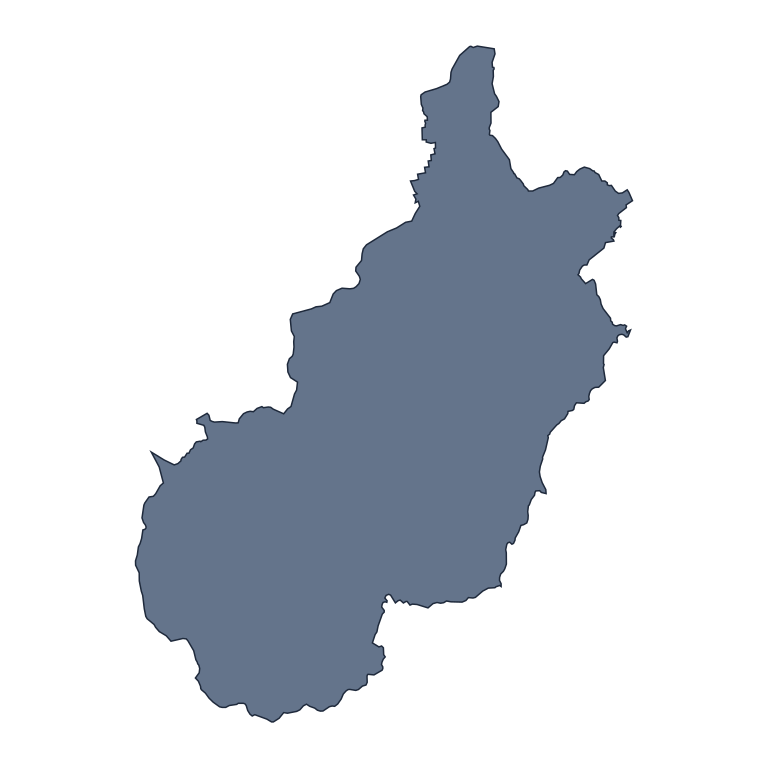 Tlapacoya, Puebla, Mexico (Equal Earth projection)
{"feature_id": "50627088B8286013017465", "entity_name": "Tlapacoya", "entity_type": "district", "adm_level": 2, "iso_a3": "MEX", "parent_name": "Mexico", "parent_adm1": "Puebla", "projection": "equal_earth", "projection_center": [-97.834, 20.137], "detail": "fine", "context": "isolated", "style": "filled", "palette": "slate", "viewbox_px": 768, "rotation_deg": 0, "n_neighbors": 0, "source": "geoboundaries", "source_scale": "gbopen_adm2", "svg_char_len": 6095}
<svg xmlns="http://www.w3.org/2000/svg" viewBox="0 0 768 768"><path d="M382.8,668.6L382.8,666.9L381.5,664.5L382.0,662.1L383.3,659.1L385.2,656.9L383.7,654.7L383.4,647.8L381.6,646.0L378.9,646.9L372.4,642.9L375.1,634.6L376.9,631.9L378.1,625.9L382.3,614.1L384.2,612.1L384.2,610.4L381.7,607.1L382.1,604.5L383.1,602.4L385.1,601.8L386.8,602.3L387.1,600.8L384.8,598.0L386.1,595.4L388.7,594.3L390.6,595.1L395.4,602.9L398.1,600.7L400.2,600.1L403.4,603.0L406.1,601.4L407.2,601.5L410.0,605.1L412.4,604.1L417.1,604.5L428.0,607.9L433.0,603.6L437.0,602.5L440.6,603.2L443.7,602.7L446.5,601.0L450.8,601.8L462.1,602.1L465.9,600.5L468.4,597.6L473.0,598.0L475.4,597.4L482.7,591.1L488.3,588.1L494.9,587.7L496.1,586.7L499.7,585.5L501.1,586.5L501.1,583.7L499.5,580.4L499.6,577.4L500.7,574.0L503.4,571.3L504.8,568.8L506.4,564.1L506.3,552.8L505.7,549.7L506.8,544.3L508.0,542.7L509.7,542.2L511.9,544.2L513.5,543.4L515.0,540.2L515.2,538.0L518.7,531.8L520.9,525.4L523.6,524.7L526.8,522.9L528.0,519.2L528.2,515.4L527.7,511.7L528.4,505.8L529.3,504.9L531.3,499.5L534.5,495.3L535.0,492.3L535.9,490.9L539.7,490.7L541.3,492.4L546.1,493.6L545.8,489.6L542.2,482.7L540.1,476.5L539.4,471.9L540.3,466.2L542.7,459.0L542.5,457.3L545.5,449.9L548.3,437.6L547.8,435.6L549.7,434.1L550.2,432.3L556.8,424.9L558.9,423.5L561.2,420.7L564.5,418.9L567.8,413.6L568.0,411.4L572.6,410.4L573.8,409.3L574.5,405.7L576.4,402.8L584.1,403.3L585.8,401.8L588.1,401.0L589.2,399.6L588.8,396.5L589.4,393.6L590.6,390.6L592.3,388.8L595.0,387.4L598.7,387.2L605.4,380.5L603.3,367.5L604.1,364.5L603.5,363.6L603.6,355.7L609.2,348.9L612.8,342.6L614.1,342.1L617.0,342.8L617.5,341.3L616.9,337.9L617.9,335.8L619.4,334.7L621.9,334.3L623.6,334.8L626.2,337.1L627.9,336.7L630.5,330.0L628.5,330.9L627.2,332.7L625.6,329.2L625.6,328.2L626.6,326.2L624.7,324.9L623.1,325.4L620.6,324.6L616.5,325.9L614.7,325.6L612.6,324.2L612.2,322.2L610.7,320.8L610.5,318.2L603.1,308.6L601.1,304.1L600.3,299.6L598.8,296.6L596.8,294.7L595.6,284.0L594.1,280.3L592.5,279.4L585.6,283.6L581.3,278.8L580.5,277.0L578.0,274.8L579.0,273.3L579.7,270.1L582.4,266.1L584.3,265.0L586.9,265.0L589.2,259.8L603.9,248.1L605.5,242.6L613.9,241.1L613.4,239.7L611.3,238.0L611.4,236.9L614.3,236.8L614.8,234.3L615.8,232.6L615.4,232.5L613.9,235.2L613.9,232.0L616.7,228.6L619.7,226.0L620.4,227.2L621.2,226.5L620.5,225.4L620.8,220.5L618.9,220.3L618.8,217.6L617.5,215.5L618.7,213.6L626.4,207.6L626.1,204.9L632.5,200.7L628.9,192.4L627.2,189.8L622.4,192.9L618.6,193.4L615.3,191.1L611.4,185.4L609.2,185.6L607.3,184.8L607.3,182.8L604.9,181.0L601.8,181.0L598.7,174.5L595.0,172.5L594.2,171.0L592.7,170.8L589.7,168.6L584.3,167.1L579.8,169.1L576.7,171.6L574.4,174.7L569.6,174.4L567.4,171.1L565.5,170.7L564.0,171.9L562.8,175.0L560.3,177.4L557.7,177.6L553.5,183.4L549.5,185.3L538.7,188.1L532.7,191.0L528.4,191.0L527.8,189.6L523.8,185.7L523.3,184.0L520.7,180.5L519.2,178.8L516.9,177.9L514.7,173.9L513.7,173.5L513.7,172.8L510.9,168.6L509.4,159.7L501.6,149.1L497.8,141.7L495.4,138.4L492.5,135.6L489.9,135.2L489.4,134.5L489.9,130.5L489.2,129.0L489.3,127.4L491.0,123.1L490.9,112.3L498.2,106.6L499.0,101.6L496.4,96.3L494.6,93.8L492.1,83.7L493.4,76.5L493.2,70.3L494.1,69.0L493.9,67.5L492.5,67.2L492.1,62.4L495.0,53.9L494.2,48.8L477.3,46.1L473.2,47.5L470.9,46.3L469.6,46.6L459.7,55.4L452.1,69.0L451.0,72.3L450.5,79.0L449.6,82.1L447.0,84.3L436.6,88.6L425.1,92.0L421.1,94.8L420.7,96.6L421.3,104.4L422.9,108.0L422.6,110.7L423.5,111.6L424.0,113.8L427.2,116.7L427.4,120.2L425.0,120.2L424.8,121.1L425.6,123.3L425.1,125.1L425.3,127.7L425.0,127.2L422.0,127.9L422.3,139.8L426.3,139.8L426.2,142.0L430.9,143.3L435.4,142.5L435.5,148.0L434.0,148.6L435.0,153.8L430.8,154.9L431.3,160.5L428.2,161.0L429.0,166.8L424.6,167.3L425.5,172.8L417.6,174.2L418.5,179.4L414.5,180.6L410.5,181.0L414.7,191.3L417.1,193.8L413.5,195.0L415.9,199.1L415.2,202.8L418.3,201.3L419.8,206.3L415.3,213.4L411.7,221.1L405.6,222.3L396.5,228.0L387.5,231.7L366.5,244.8L363.3,248.8L362.1,253.9L361.5,260.5L356.0,267.2L355.7,271.0L359.3,276.2L360.3,279.4L359.0,283.6L356.1,286.7L353.6,288.3L349.9,288.8L342.0,288.2L336.4,290.6L333.2,294.0L329.8,302.6L321.8,306.2L316.0,306.8L311.4,308.9L292.7,313.9L290.3,319.4L291.4,330.9L294.3,336.5L293.7,341.8L294.0,347.0L293.2,354.1L292.2,356.3L289.4,358.7L287.4,364.3L287.9,372.0L290.5,377.6L297.5,382.1L296.6,390.1L294.5,394.0L291.0,406.5L287.6,408.9L283.7,413.8L273.3,409.2L270.7,407.3L268.3,407.0L263.4,407.7L261.9,406.6L257.1,408.4L253.4,411.7L250.1,411.3L247.0,412.0L243.5,413.7L239.3,418.8L238.2,422.8L235.7,423.0L222.3,421.6L214.5,422.1L212.0,421.4L210.2,420.4L208.9,415.2L207.1,413.3L196.4,419.5L196.9,420.9L196.9,423.3L203.8,425.3L204.8,427.3L205.4,431.9L207.4,437.0L207.6,439.0L205.9,440.1L203.1,440.2L200.8,441.7L200.1,441.2L196.3,441.9L194.6,443.9L193.2,447.9L190.5,449.8L188.9,453.2L187.1,453.2L184.6,457.1L182.5,457.3L181.1,459.4L180.9,460.9L177.9,463.6L174.2,464.9L164.2,460.0L151.3,452.1L159.2,467.0L163.4,483.0L160.3,485.6L155.7,493.7L153.4,496.3L149.0,497.0L144.8,503.0L143.9,505.1L142.0,517.9L143.6,522.6L145.3,524.8L146.1,526.9L145.9,528.2L144.9,529.3L142.9,529.9L141.6,538.5L140.1,543.5L138.4,546.9L137.3,555.0L135.5,560.9L135.6,565.2L139.2,572.8L139.3,581.0L141.3,591.1L142.7,595.4L144.3,608.9L145.8,616.4L147.2,618.8L154.1,624.5L155.6,627.3L159.3,631.6L166.3,635.8L171.0,641.2L182.9,638.5L186.3,638.9L188.0,640.9L193.7,650.7L195.9,659.8L197.2,662.0L197.7,663.8L198.8,665.1L199.7,668.5L199.2,672.8L195.4,678.0L198.4,681.2L200.5,686.2L200.8,688.7L201.5,689.8L205.4,693.1L209.1,698.2L213.2,702.2L219.6,706.8L222.2,707.4L225.7,707.4L229.3,705.5L236.7,704.4L238.2,703.3L243.4,703.3L244.9,703.8L246.2,705.5L247.7,710.5L250.0,714.2L252.2,716.0L254.8,714.7L266.8,719.1L271.5,721.9L273.4,721.9L279.1,718.3L283.7,712.6L287.5,713.2L296.7,711.4L299.9,709.8L303.4,705.8L306.5,704.2L309.7,706.3L314.7,708.1L317.4,710.2L320.3,711.1L323.0,711.0L329.4,706.7L332.1,706.0L334.7,706.3L337.7,704.0L341.2,699.0L343.3,694.0L346.1,690.9L348.0,689.6L349.7,689.4L355.8,690.4L358.5,689.5L362.4,686.1L366.0,685.0L367.2,682.3L367.0,676.7L367.2,675.2L368.0,674.3L374.0,674.9L382.1,670.2L382.8,668.6Z" fill="#64748b" stroke="#1e293b" stroke-width="1.5"/></svg>